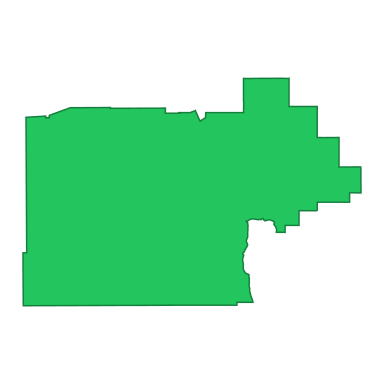 outline of Three Springs, Western Australia, Australia
{"feature_id": "25037944B87416382826718", "entity_name": "Three Springs", "entity_type": "district", "adm_level": 2, "iso_a3": "AUS", "parent_name": "Australia", "parent_adm1": "Western Australia", "projection": "orthographic", "projection_center": [115.749, -29.514], "detail": "fine", "context": "isolated", "style": "filled", "palette": "green", "viewbox_px": 384, "rotation_deg": 0, "n_neighbors": 0, "source": "geoboundaries", "source_scale": "gbopen_adm2", "svg_char_len": 5153}
<svg xmlns="http://www.w3.org/2000/svg" viewBox="0 0 384 384"><path d="M361.0,192.9L360.9,184.3L360.9,179.6L360.9,169.7L360.8,167.0L355.5,166.9L350.0,167.0L347.3,167.0L339.0,167.0L339.0,156.2L339.0,153.2L339.0,147.9L339.0,144.3L339.0,137.5L322.6,137.6L317.2,137.5L317.2,132.9L317.2,106.5L289.0,106.5L289.0,104.4L289.0,97.8L289.0,97.5L289.0,78.3L288.8,78.4L288.6,78.4L283.1,78.4L282.9,78.3L253.4,78.4L253.4,78.5L245.6,78.5L244.5,78.5L244.4,78.5L244.4,78.4L243.5,78.4L243.5,83.3L243.5,83.5L243.5,101.6L243.7,101.8L243.6,108.7L243.6,112.6L241.7,112.6L235.4,112.6L230.0,112.6L224.1,112.6L221.0,112.6L218.5,112.6L217.5,112.6L211.0,112.6L208.1,112.6L205.7,112.6L205.6,116.3L205.6,117.6L200.1,121.1L199.5,119.8L199.4,119.8L197.3,115.0L195.3,110.5L194.9,110.8L190.8,112.3L190.7,112.6L179.2,112.6L179.7,113.2L165.4,113.2L165.4,108.1L161.3,108.1L161.2,108.2L145.7,108.2L145.0,108.2L128.7,108.3L128.5,108.2L128.4,108.3L110.4,108.3L110.4,107.5L98.1,107.6L70.3,107.7L49.3,115.4L49.3,117.7L45.7,117.7L45.7,116.1L26.0,117.3L26.7,252.7L25.8,252.8L23.0,252.8L23.1,280.4L23.3,305.7L25.7,305.7L26.3,305.7L95.3,305.5L121.5,305.4L137.5,305.4L177.5,305.2L236.9,305.2L236.9,302.3L244.1,302.3L253.0,302.3L253.0,302.2L252.8,301.6L252.7,301.4L252.7,301.2L252.6,300.8L252.5,300.3L252.3,299.7L252.2,299.4L252.0,299.2L252.0,298.8L251.9,298.6L251.8,298.3L251.7,298.1L251.5,297.8L251.3,297.5L251.3,297.3L251.2,296.9L251.2,296.6L251.1,296.4L250.9,296.1L250.9,295.9L250.8,295.6L250.7,295.4L250.7,295.0L250.7,294.9L250.6,294.7L250.4,294.1L250.3,293.8L250.2,293.6L250.2,293.4L250.2,292.9L250.1,292.6L250.0,292.2L249.9,291.9L249.8,291.6L249.7,291.2L249.6,290.8L249.6,290.6L249.6,290.1L249.7,289.7L249.7,289.3L249.7,289.2L249.7,288.8L249.7,288.6L249.7,288.2L249.6,287.8L249.6,287.7L249.4,287.4L249.3,287.1L249.3,286.9L249.2,286.3L249.1,285.9L249.1,285.7L249.1,285.4L249.1,285.2L249.1,284.8L249.1,284.4L249.2,284.2L249.2,283.8L249.3,283.6L249.3,283.4L249.3,283.2L249.3,282.7L249.3,282.4L249.3,282.0L249.3,281.8L249.3,281.6L249.3,281.4L249.2,281.1L249.2,280.9L249.2,280.5L249.2,280.0L249.2,279.9L249.2,279.7L249.3,279.4L249.4,279.1L249.4,278.8L249.4,278.4L249.3,278.1L249.1,277.6L249.1,277.4L249.0,277.2L248.9,276.9L248.8,276.4L248.7,276.2L248.8,275.9L248.8,275.6L248.9,275.4L249.0,275.2L249.0,274.9L248.9,274.7L248.6,274.4L248.4,274.3L247.9,274.2L247.4,274.0L247.1,273.9L246.5,273.6L246.1,273.4L245.9,273.3L245.6,273.1L245.4,272.9L245.3,272.7L245.2,272.6L245.1,272.4L244.9,272.0L244.8,271.9L244.7,271.8L244.6,271.6L244.3,271.2L244.0,270.8L243.7,270.0L243.6,269.6L243.4,269.2L243.2,268.4L243.2,268.0L243.1,267.5L243.2,267.1L243.2,266.7L243.2,266.2L243.2,265.6L243.3,265.3L243.4,264.9L243.4,264.5L243.3,264.1L243.2,263.8L243.2,263.5L243.2,263.3L243.2,263.0L243.1,262.7L242.8,262.0L242.8,261.8L242.9,261.5L242.9,261.1L242.8,260.9L242.6,260.2L242.6,259.8L242.6,259.4L243.0,257.7L243.1,257.3L243.4,256.5L243.7,255.4L243.7,255.1L243.7,254.9L243.4,254.6L242.9,254.4L242.8,254.1L242.7,253.8L242.7,253.4L242.8,253.2L243.2,252.8L243.7,252.4L244.0,252.0L244.2,251.7L244.3,251.7L244.6,250.8L244.6,250.7L244.8,250.1L245.0,249.9L245.3,249.4L245.6,248.9L245.7,248.7L246.1,248.0L246.3,247.8L246.5,247.4L246.7,247.1L246.9,246.8L247.2,246.0L247.4,245.6L247.5,245.5L247.5,245.4L247.6,245.2L247.6,244.9L247.6,244.6L247.5,244.4L247.5,244.2L247.3,243.9L247.3,243.7L247.2,243.6L247.1,243.4L247.1,243.2L246.9,242.9L246.7,242.3L246.6,242.0L246.6,241.8L246.5,241.7L246.4,241.6L246.4,241.3L246.4,241.1L246.3,240.8L246.4,240.5L246.4,240.0L246.5,239.9L246.6,239.5L247.0,238.8L247.0,238.6L247.2,238.2L247.3,238.1L247.5,237.7L247.6,237.2L247.6,236.8L247.7,236.7L247.7,236.3L247.7,235.5L247.7,235.2L247.7,234.7L247.7,234.2L247.6,233.9L247.7,233.4L247.7,233.1L247.7,232.6L247.7,232.4L247.7,232.0L247.7,231.8L247.7,231.4L247.8,231.0L247.9,230.2L247.9,229.9L247.9,229.3L247.9,229.1L247.8,228.6L247.9,228.2L247.9,227.7L247.9,227.4L247.9,227.0L247.9,226.9L247.9,226.5L248.0,226.3L248.0,226.2L248.0,225.7L248.0,225.4L248.0,225.2L247.9,224.9L247.9,224.7L247.8,224.4L247.8,224.0L247.8,223.9L247.7,223.8L247.7,223.7L247.7,223.3L247.7,223.1L247.7,222.9L247.6,222.6L247.3,222.4L246.6,221.8L246.4,221.7L246.2,221.5L246.1,221.4L246.1,221.2L246.3,221.2L246.5,221.2L246.9,221.2L248.0,220.9L248.9,220.1L250.4,219.3L251.3,219.1L252.5,218.9L254.7,219.1L258.0,219.7L259.6,219.4L260.3,219.4L260.7,219.7L261.7,219.3L262.3,218.8L263.0,218.5L263.4,219.2L263.9,219.9L264.0,220.2L264.3,220.4L264.5,220.6L264.8,220.7L265.1,220.8L265.4,220.7L265.7,220.7L266.0,220.5L268.0,220.0L268.8,219.8L269.2,219.8L269.6,219.8L269.9,219.9L270.2,220.0L270.5,220.1L271.9,220.6L272.4,220.7L272.6,220.9L273.3,221.3L273.8,221.6L274.1,221.8L274.2,222.0L274.3,222.2L274.4,222.4L274.4,222.7L274.4,223.0L274.3,223.4L274.1,223.5L274.0,223.8L274.0,224.0L273.9,224.2L274.0,224.4L274.1,224.7L274.3,225.0L275.5,226.7L275.8,227.1L275.9,227.4L276.0,227.6L276.1,227.9L276.5,229.3L276.6,229.7L276.6,229.9L276.6,230.2L276.5,230.4L276.4,231.5L276.3,232.3L284.0,232.3L285.1,232.4L285.1,225.4L299.0,225.4L299.0,210.7L316.6,210.7L317.2,210.3L317.3,202.2L349.6,202.2L349.6,192.9L351.9,192.8L353.6,192.8L357.7,192.9L361.0,192.9Z" fill="#22c55e" stroke="#15803d" stroke-width="1.5"/></svg>